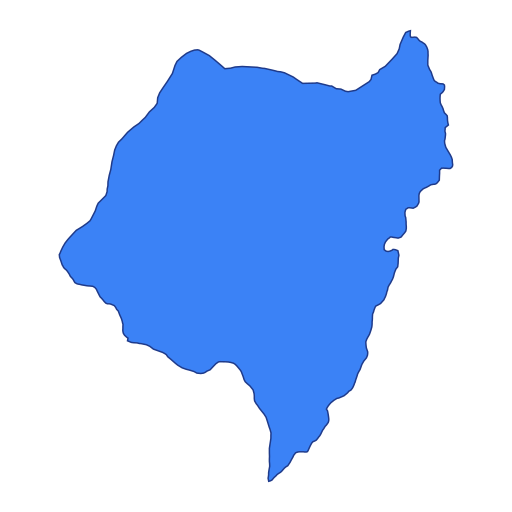 outline of Logchina, Chhukha, Bhutan
{"feature_id": "84629894B64044446171466", "entity_name": "Logchina", "entity_type": "district", "adm_level": 2, "iso_a3": "BTN", "parent_name": "Bhutan", "parent_adm1": "Chhukha", "projection": "equal_earth", "projection_center": [89.38, 26.957], "detail": "fine", "context": "isolated", "style": "filled", "palette": "blue", "viewbox_px": 512, "rotation_deg": 0, "n_neighbors": 0, "source": "geoboundaries", "source_scale": "gbopen_adm2", "svg_char_len": 5985}
<svg xmlns="http://www.w3.org/2000/svg" viewBox="0 0 512 512"><path d="M59.3,254.6L59.6,257.5L60.8,260.7L62.2,264.9L62.9,266.0L63.6,267.4L64.6,268.6L65.9,269.6L67.0,270.8L68.0,272.2L69.2,274.0L70.4,276.4L72.3,278.4L73.3,279.7L74.0,281.1L74.9,282.6L76.8,283.7L78.1,284.1L79.5,284.3L81.8,284.9L83.7,285.2L86.5,285.7L88.2,285.9L90.1,286.0L92.8,286.3L94.9,287.5L96.4,289.3L97.2,291.1L99.6,295.9L100.3,297.1L101.4,298.1L103.3,300.3L104.1,301.4L105.9,303.2L107.5,303.8L109.3,303.8L110.8,304.1L114.3,305.6L115.6,307.3L116.7,309.4L118.2,310.9L118.8,312.4L119.5,314.3L120.0,315.5L120.6,316.8L121.4,318.6L122.2,321.2L122.6,323.1L123.0,324.3L122.9,326.6L122.9,328.7L122.8,330.1L123.0,331.9L123.4,333.4L124.6,335.3L125.5,336.1L126.8,337.3L128.0,338.1L127.5,340.8L131.3,342.4L133.4,342.7L137.1,342.9L139.4,343.5L141.0,343.6L146.3,344.7L149.8,346.3L153.4,349.1L159.8,351.4L162.6,352.4L164.8,353.6L166.3,354.6L167.8,356.8L170.4,358.9L175.3,363.2L177.8,365.2L182.1,367.8L186.0,369.2L189.5,370.1L194.0,371.5L196.9,373.1L200.8,373.5L203.5,373.1L205.1,372.4L207.2,371.0L210.1,369.8L213.3,366.4L215.9,363.7L218.5,361.9L219.9,361.7L225.7,361.8L228.5,362.0L231.0,362.5L233.5,363.2L235.2,364.3L236.9,366.0L238.5,367.9L240.4,370.2L241.3,371.7L243.2,376.7L244.1,379.6L245.2,381.7L247.4,383.8L249.9,385.9L253.1,389.9L254.1,393.7L254.3,396.0L254.3,398.7L254.6,400.9L256.2,403.7L257.5,405.3L259.5,408.4L264.0,414.0L266.1,417.3L267.4,421.3L269.2,427.1L270.1,429.6L271.0,432.9L270.9,435.6L270.9,438.3L270.6,440.3L269.4,448.3L269.4,453.1L269.5,456.5L269.4,458.8L269.4,461.5L269.6,463.7L269.7,466.3L269.1,469.5L268.6,472.8L268.6,474.9L268.4,476.4L268.1,478.2L268.7,481.3L270.2,480.9L271.9,480.1L274.0,477.6L276.2,475.6L277.0,474.6L278.4,473.6L279.5,472.9L280.6,472.2L281.6,471.3L284.5,468.0L286.1,466.7L287.7,465.8L290.0,462.4L291.2,460.1L292.2,458.3L293.1,456.7L293.6,455.4L294.5,454.3L295.5,452.9L296.6,452.4L297.9,452.0L299.3,451.8L303.5,451.8L304.7,452.0L306.3,452.0L307.5,451.6L308.3,450.1L309.5,447.4L310.4,445.5L311.7,443.1L312.8,441.8L314.9,440.9L316.3,440.1L317.7,438.4L318.7,437.0L319.8,435.7L320.8,434.0L322.6,430.2L323.6,428.9L325.1,426.4L326.6,424.8L328.2,422.5L328.7,420.9L328.8,419.2L328.6,417.3L328.3,415.1L327.9,412.8L327.5,410.8L326.4,409.1L327.1,407.7L328.1,406.1L329.4,404.4L331.1,402.5L332.7,401.3L333.7,400.4L336.9,398.4L338.8,398.0L342.1,396.6L344.1,395.7L347.6,392.8L348.9,391.2L350.9,390.1L352.3,388.3L353.1,386.9L354.1,384.6L354.5,383.3L355.1,382.1L355.6,380.2L356.4,377.9L357.1,375.8L357.6,374.0L358.7,371.8L360.0,369.6L360.7,367.7L361.6,365.1L362.2,363.8L363.9,360.9L365.5,359.0L366.4,357.9L367.0,356.5L367.5,355.1L367.7,353.3L367.7,351.9L367.0,349.8L366.4,348.1L366.1,346.1L365.9,343.9L365.8,341.8L366.7,339.3L367.8,337.2L368.7,335.7L369.5,334.2L370.1,332.5L370.9,330.2L371.8,327.0L372.0,325.3L372.1,323.9L372.1,321.8L372.3,320.3L372.4,318.5L372.4,316.9L372.6,314.0L373.5,312.0L374.0,310.1L375.1,307.2L376.0,305.9L377.1,305.4L378.3,304.8L380.6,303.5L382.1,301.8L383.9,299.8L384.6,298.2L385.3,296.9L386.0,295.0L386.5,293.4L386.8,291.9L387.5,290.1L388.0,287.3L389.0,285.3L390.6,282.8L391.6,280.8L392.4,279.4L393.4,276.9L394.4,272.9L395.0,271.3L395.9,269.1L397.7,266.8L398.1,263.3L398.3,258.0L398.6,256.7L398.9,255.2L397.9,250.7L396.7,250.2L395.0,249.6L393.0,249.4L392.1,250.2L390.0,251.1L388.1,251.5L386.2,251.2L384.2,249.7L384.0,246.8L384.4,244.3L385.5,241.9L386.5,240.6L387.9,238.9L389.0,238.2L390.3,237.0L391.6,237.0L393.4,237.4L395.9,237.7L398.1,238.1L400.2,237.4L401.4,236.8L402.1,235.7L404.6,232.8L405.8,231.1L406.3,228.5L406.3,226.5L406.1,224.1L406.1,221.9L405.7,217.6L405.1,215.9L405.0,214.3L404.9,212.7L405.2,211.2L405.8,209.3L408.1,207.8L409.4,207.7L413.2,208.2L415.4,207.1L416.9,206.1L418.6,203.2L419.0,201.9L418.9,195.5L419.2,193.7L419.9,192.1L420.8,191.0L423.2,188.8L424.8,188.0L426.5,187.3L429.2,185.8L430.7,184.8L433.3,184.3L434.9,184.2L436.3,183.6L437.3,182.7L439.3,180.2L439.4,177.3L439.5,174.9L439.6,173.4L439.6,170.2L441.5,168.2L443.3,168.1L444.6,168.2L446.6,168.3L448.5,168.5L450.1,168.5L451.6,167.5L452.5,166.1L452.7,164.7L452.4,162.6L452.2,159.5L451.5,157.4L450.3,154.9L447.6,150.4L445.8,147.3L445.3,145.5L444.7,143.4L444.5,140.8L445.0,139.0L445.5,134.9L445.5,133.4L444.9,131.1L445.1,129.6L445.2,127.6L448.4,125.0L447.9,123.1L447.5,120.4L447.4,117.5L447.2,115.8L446.0,114.4L444.4,112.8L443.5,110.4L443.1,108.9L442.2,106.8L441.0,104.6L440.3,102.8L440.1,100.9L440.0,98.2L440.1,96.1L440.3,94.2L441.4,93.3L442.3,92.5L443.1,91.6L444.4,89.5L444.6,86.7L444.4,85.0L443.0,83.9L441.6,83.8L440.0,83.7L437.9,83.2L436.8,82.3L435.2,81.4L434.1,80.3L433.3,78.4L432.2,75.4L431.2,72.2L430.5,70.9L429.6,69.5L428.5,66.8L427.8,65.1L427.8,60.3L428.1,55.3L428.0,53.1L428.0,51.4L427.7,49.7L426.8,47.2L425.5,44.9L424.6,43.9L423.1,42.9L421.7,41.9L420.4,41.4L419.0,40.2L417.8,38.7L416.6,37.4L414.8,37.1L411.8,37.4L410.6,37.0L410.2,35.5L410.2,33.6L410.4,30.7L408.6,31.2L405.7,32.5L403.3,37.0L400.1,44.4L399.2,48.9L397.1,53.6L392.1,59.2L385.3,66.3L379.7,69.6L378.1,72.6L375.4,74.1L372.0,75.2L371.0,79.5L369.2,81.7L363.1,85.6L355.8,90.3L348.1,91.7L345.4,91.2L340.9,89.1L336.2,88.7L331.7,86.0L329.8,86.0L324.9,84.7L317.0,82.8L315.4,83.1L306.0,83.3L302.6,83.4L296.6,79.4L293.2,77.0L284.5,72.8L280.6,71.8L277.5,71.5L275.8,71.0L272.1,70.1L264.5,68.4L262.6,68.3L257.2,67.3L242.2,66.5L235.1,67.0L230.5,68.2L224.8,68.7L221.4,65.7L215.1,60.3L209.3,55.6L202.5,51.9L199.0,50.1L197.6,49.8L194.4,50.1L190.8,51.3L186.5,53.4L181.4,57.3L177.0,61.4L175.0,65.5L172.4,73.5L167.4,81.4L162.8,88.1L159.7,92.8L157.7,97.7L157.2,103.3L154.3,107.4L149.4,111.9L145.3,117.4L142.3,120.2L139.1,123.4L133.8,127.0L127.6,132.3L121.8,139.0L118.5,142.2L116.4,145.8L114.7,150.0L113.6,155.4L112.0,161.7L110.8,169.5L109.3,175.1L108.0,181.8L107.9,185.8L107.2,189.0L107.1,191.7L105.8,195.6L98.2,203.2L96.8,206.2L95.2,211.0L91.2,218.8L90.1,220.7L87.0,223.3L82.2,226.7L78.8,228.8L76.3,230.3L73.2,233.6L69.8,237.3L67.7,239.7L65.2,242.9L62.9,246.8L60.9,251.0L60.0,253.3L59.3,254.6Z" fill="#3b82f6" stroke="#1e3a8a" stroke-width="1.5"/></svg>